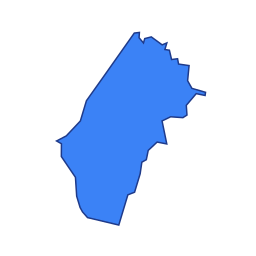 McDuffie, Georgia, United States of America (orthographic projection), rotated 54°
{"feature_id": "52423323B55059844106261", "entity_name": "McDuffie", "entity_type": "district", "adm_level": 2, "iso_a3": "USA", "parent_name": "United States of America", "parent_adm1": "Georgia", "projection": "orthographic", "projection_center": [-82.481, 33.485], "detail": "fine", "context": "isolated", "style": "filled", "palette": "blue", "viewbox_px": 256, "rotation_deg": 54, "n_neighbors": 0, "source": "geoboundaries", "source_scale": "gbopen_adm2", "svg_char_len": 693}
<svg xmlns="http://www.w3.org/2000/svg" viewBox="0 0 256 256"><g transform="rotate(54 128 128)"><path d="M176.7,213.4L201.1,192.5L182.0,167.4L183.8,160.4L172.2,145.1L163.8,136.9L164.4,131.8L158.0,124.8L156.5,112.7L163.7,106.0L142.3,96.3L144.0,86.9L151.9,77.5L152.2,72.7L143.9,67.5L140.3,52.6L147.0,46.5L144.7,44.3L133.5,53.0L124.8,52.0L113.4,41.9L106.0,49.5L101.1,47.2L98.2,52.5L89.4,48.8L86.2,52.0L82.0,46.6L80.8,51.5L68.0,55.6L65.5,61.9L68.3,65.5L61.5,66.0L57.4,62.6L54.9,67.1L72.2,117.9L81.5,145.6L94.3,162.4L95.0,166.0L98.1,182.6L96.5,193.4L101.6,191.1L111.9,198.7L137.0,199.5L153.0,209.6L164.2,213.5L169.1,214.1L176.7,213.4Z" fill="#3b82f6" stroke="#1e3a8a" stroke-width="1.5"/></g></svg>